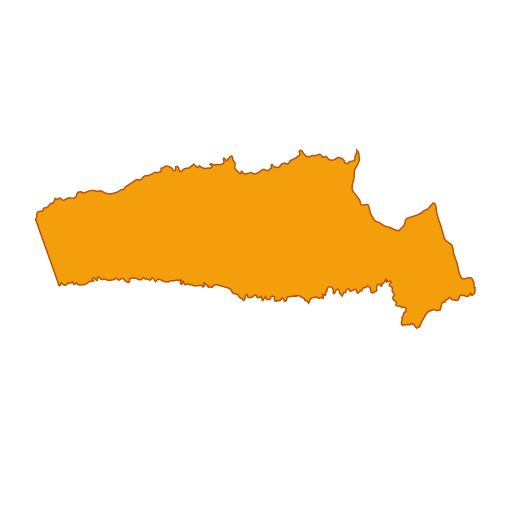 Alcalá, Valle del Cauca, Colombia (Natural Earth projection), rotated 166°
{"feature_id": "7082276B36252942932690", "entity_name": "Alcalá", "entity_type": "district", "adm_level": 2, "iso_a3": "COL", "parent_name": "Colombia", "parent_adm1": "Valle del Cauca", "projection": "natural_earth1", "projection_center": [-75.779, 4.685], "detail": "fine", "context": "isolated", "style": "filled", "palette": "amber", "viewbox_px": 512, "rotation_deg": 166, "n_neighbors": 0, "source": "geoboundaries", "source_scale": "gbopen_adm2", "svg_char_len": 6119}
<svg xmlns="http://www.w3.org/2000/svg" viewBox="0 0 512 512"><g transform="rotate(166 256 256)"><path d="M454.2,274.8L452.9,275.0L452.0,276.7L451.1,277.1L449.9,274.6L448.3,273.8L447.2,273.8L445.1,275.2L442.7,274.7L440.0,275.2L439.9,273.1L439.3,272.4L438.6,272.3L436.9,273.2L434.7,270.6L428.9,269.7L423.5,271.5L419.6,271.1L420.4,273.3L419.4,274.3L418.5,274.0L417.1,271.5L415.9,270.6L415.4,271.3L415.2,273.2L414.0,273.9L413.2,273.4L412.2,271.1L410.6,270.2L408.7,270.6L406.0,268.5L404.1,267.7L399.6,267.5L396.9,268.3L394.9,265.7L392.4,266.6L391.0,266.4L389.6,265.3L388.6,262.9L386.2,261.1L384.9,261.7L384.1,264.5L381.2,264.6L377.9,263.5L376.2,262.0L373.6,260.7L372.5,260.9L371.6,262.2L370.5,262.3L369.0,260.4L367.0,259.9L364.9,258.3L364.1,258.4L362.4,259.8L361.7,259.7L360.9,259.0L359.7,255.4L358.0,256.6L356.2,257.1L353.4,255.4L352.1,253.8L349.2,252.5L347.0,252.1L344.8,252.7L341.7,251.8L338.7,251.8L337.2,250.9L334.9,251.3L334.5,250.3L335.6,249.4L336.0,247.7L335.2,246.5L334.4,246.7L333.3,249.0L332.5,248.9L332.3,246.2L331.5,245.1L328.3,245.6L327.5,244.1L325.9,244.1L323.2,242.0L315.6,240.6L314.9,238.8L313.7,239.1L313.4,242.2L312.4,242.5L311.9,241.7L311.8,240.4L310.0,238.8L310.1,237.8L309.7,237.2L307.8,237.1L306.2,236.2L303.8,237.9L301.2,237.8L290.4,231.5L288.5,229.5L287.6,225.9L286.9,225.1L283.2,223.1L281.6,219.3L280.2,218.2L278.9,215.8L277.6,216.4L275.8,220.1L274.3,220.9L273.8,220.4L273.9,218.0L272.7,217.1L269.6,217.0L266.2,218.5L265.1,217.6L265.0,215.8L264.4,215.1L262.6,215.0L260.8,215.7L260.7,211.8L260.3,211.1L256.6,214.3L256.4,212.0L255.8,210.9L252.5,210.8L251.1,213.1L249.1,212.9L248.0,211.7L248.7,208.6L248.4,207.7L246.8,207.2L245.1,207.4L243.7,206.9L242.8,207.2L241.4,208.7L240.5,208.8L239.9,208.3L239.3,205.1L238.3,205.0L236.9,206.0L235.8,208.6L230.7,208.2L227.3,207.3L227.5,207.9L223.6,207.0L219.3,202.7L219.3,201.2L218.0,200.8L216.3,197.4L214.0,200.7L212.1,202.1L209.6,201.5L208.0,202.2L205.3,199.6L203.4,200.2L201.8,199.0L200.9,199.0L200.5,199.6L200.5,202.8L198.3,201.1L197.5,202.0L197.4,204.0L195.6,204.8L195.5,206.0L193.7,208.2L192.2,208.5L190.2,207.4L189.3,205.5L189.2,204.1L190.0,201.7L189.7,200.7L189.0,200.7L186.1,203.9L184.8,204.0L183.8,203.5L183.7,199.2L182.0,196.3L179.7,199.4L178.1,198.8L176.9,201.1L174.5,202.1L174.0,201.8L173.4,199.6L172.8,198.9L167.4,199.7L167.0,199.1L166.7,195.8L166.1,195.2L163.6,196.7L161.7,196.7L160.1,199.1L157.5,198.9L155.1,199.9L153.1,198.0L153.0,192.8L151.6,191.8L147.2,193.1L146.4,197.1L144.6,199.0L143.4,199.0L142.1,196.6L141.5,196.4L140.9,196.9L140.8,198.9L139.0,198.6L135.8,201.7L135.2,201.9L134.7,200.5L135.7,199.9L135.7,199.2L131.7,199.1L131.3,198.6L131.5,197.8L133.7,195.6L133.6,194.8L131.5,192.6L131.5,191.4L132.4,189.4L132.1,187.9L131.1,185.9L131.1,184.6L132.8,183.4L133.6,181.7L133.0,179.7L131.4,178.5L131.1,177.7L131.1,176.2L131.9,175.4L132.1,174.5L131.5,173.6L128.6,172.5L126.8,170.7L124.4,170.6L123.3,168.8L123.3,167.6L123.9,166.1L126.1,165.3L128.0,162.0L129.5,160.8L129.3,159.4L131.2,156.0L131.2,154.3L130.5,153.2L129.3,153.4L126.6,152.8L124.9,152.9L123.8,151.9L121.0,152.8L120.4,151.8L119.2,151.2L118.3,148.1L117.3,147.0L115.9,147.8L114.3,147.6L112.9,150.1L108.8,154.6L104.8,158.7L102.2,160.3L96.5,161.1L93.7,159.2L90.4,159.1L86.7,165.7L83.6,165.7L82.3,167.5L80.3,167.7L78.8,169.0L77.8,168.8L77.0,167.0L76.0,166.1L71.9,164.3L70.2,164.7L68.1,167.8L66.6,168.5L64.9,167.6L63.4,167.4L62.2,166.1L61.0,165.6L58.4,166.0L57.6,167.8L57.1,168.1L56.5,167.8L56.2,165.7L55.5,165.6L52.7,167.2L51.1,172.2L52.0,172.5L51.0,177.4L51.9,181.9L53.2,183.2L59.5,183.6L61.3,184.2L62.0,185.4L62.9,188.9L62.7,200.7L63.7,211.4L63.1,214.8L63.2,218.3L63.8,220.0L68.3,225.2L69.0,227.7L69.3,240.2L70.1,248.2L70.2,254.8L69.4,260.8L69.9,263.8L71.4,264.5L78.2,259.9L82.1,259.3L85.5,257.6L90.2,256.7L100.0,256.0L102.2,254.8L104.1,250.9L104.9,249.9L111.4,245.9L114.7,247.6L118.7,251.0L123.9,253.8L128.5,258.8L131.2,260.3L132.9,263.2L134.5,269.3L134.7,278.2L136.2,279.3L140.2,279.5L141.7,280.5L142.0,285.6L146.5,295.9L146.5,298.2L145.3,301.8L142.0,307.9L139.5,315.8L134.1,321.5L132.3,324.5L131.5,330.5L131.6,332.3L132.5,334.1L132.8,332.7L136.3,327.8L136.5,325.5L139.1,324.6L142.6,324.9L144.4,323.6L145.3,323.5L147.2,325.0L147.5,327.3L148.7,329.5L151.3,331.4L153.0,331.8L157.0,330.4L159.4,330.5L162.1,332.1L163.7,335.5L167.5,335.8L168.1,337.5L169.5,339.4L174.2,338.9L175.4,339.1L176.1,339.8L180.5,339.5L182.3,339.9L183.5,341.0L184.8,343.4L186.1,347.1L187.7,347.9L188.9,346.8L188.7,344.1L189.4,343.1L192.0,342.4L193.5,341.5L199.8,340.2L202.2,337.8L203.8,337.7L206.0,339.4L208.9,339.0L212.1,336.7L213.4,336.6L216.7,337.9L217.5,338.9L218.1,340.7L218.7,340.9L219.4,340.2L219.8,337.6L223.8,336.0L224.7,336.1L227.4,338.2L230.6,337.8L232.3,336.7L236.7,335.7L238.5,336.4L240.6,338.3L243.3,338.0L247.6,338.3L249.4,341.7L250.1,341.3L250.8,339.7L251.6,339.7L255.6,346.1L254.0,350.3L253.9,351.6L255.2,354.6L254.9,358.0L255.7,359.0L257.0,358.8L258.3,357.4L259.7,356.9L261.3,355.4L261.8,355.7L262.9,358.3L263.7,358.7L264.3,357.9L264.2,354.5L266.5,353.3L269.9,353.3L272.6,354.6L274.1,354.1L276.9,356.1L278.3,356.3L278.4,355.7L277.1,354.5L276.8,353.5L277.8,352.6L279.1,352.3L281.2,353.0L284.6,353.2L287.5,355.2L289.2,357.3L290.6,355.9L292.1,356.8L294.2,360.2L299.7,357.6L304.2,358.1L308.2,356.2L309.3,356.3L309.9,358.1L309.9,360.8L310.5,361.9L312.3,362.0L313.4,358.9L314.3,358.3L315.4,359.0L316.8,362.0L318.2,363.4L320.1,364.6L322.5,365.0L325.0,364.0L326.8,364.1L327.7,361.2L328.3,360.6L329.9,360.9L331.3,360.5L333.4,361.6L340.7,360.0L344.1,360.7L345.2,360.4L346.4,359.9L347.8,358.3L349.5,358.0L350.9,357.9L352.6,358.8L353.9,358.8L365.6,354.8L368.4,352.5L371.2,352.9L374.0,351.8L377.7,351.3L382.7,351.5L386.6,353.2L390.9,356.9L393.9,356.9L397.5,358.8L399.7,359.4L403.5,359.4L407.4,358.7L408.8,359.3L410.1,360.7L412.9,361.0L414.4,360.1L416.3,357.1L418.6,356.0L423.4,357.6L425.3,357.6L429.0,356.5L430.1,357.0L432.3,359.7L433.3,359.8L434.9,358.8L436.9,360.5L438.8,357.5L440.5,356.2L441.4,356.7L442.9,356.4L446.5,353.7L450.2,353.8L451.1,353.1L451.7,351.6L452.5,351.3L455.0,351.7L457.6,351.3L458.5,349.8L459.3,346.6L461.0,345.0L454.2,274.8Z" fill="#f59e0b" stroke="#b45309" stroke-width="1.5"/></g></svg>